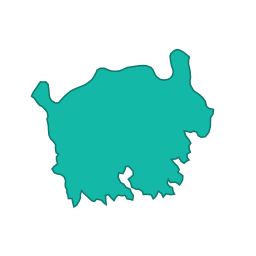 the district of Santa Maria da Serra, São Paulo, Brazil, rotated 154°
{"feature_id": "56859067B48466471181583", "entity_name": "Santa Maria da Serra", "entity_type": "district", "adm_level": 2, "iso_a3": "BRA", "parent_name": "Brazil", "parent_adm1": "São Paulo", "projection": "mercator", "projection_center": [-48.153, -22.565], "detail": "fine", "context": "isolated", "style": "filled", "palette": "teal", "viewbox_px": 256, "rotation_deg": 154, "n_neighbors": 0, "source": "geoboundaries", "source_scale": "gbopen_adm2", "svg_char_len": 2640}
<svg xmlns="http://www.w3.org/2000/svg" viewBox="0 0 256 256"><g transform="rotate(154 128 128)"><path d="M186.5,207.9L191.9,204.7L197.3,201.8L200.8,198.9L199.1,195.7L198.5,191.3L197.6,187.4L195.4,184.4L193.6,177.9L194.9,173.2L196.9,171.6L197.7,168.3L198.4,165.5L199.9,162.1L202.1,156.4L202.3,152.5L201.0,148.6L200.4,144.5L202.3,141.2L203.4,137.2L201.9,135.0L205.0,133.3L206.2,130.8L207.0,126.7L211.6,125.8L214.3,124.4L213.8,119.9L211.1,117.3L208.6,115.5L206.9,112.3L207.1,108.1L209.1,105.0L210.1,102.4L210.0,99.2L211.3,96.8L211.5,94.0L212.5,90.6L209.3,89.3L210.4,84.7L211.2,80.8L207.9,81.2L204.3,83.5L201.4,86.0L200.0,89.1L197.3,92.0L196.2,88.3L194.6,84.6L193.6,81.5L192.4,78.5L190.3,76.7L187.5,77.9L185.2,76.2L183.4,74.5L182.7,71.7L181.2,68.7L179.8,72.5L177.8,77.1L174.8,76.9L173.9,73.2L172.5,68.8L168.8,71.3L166.0,72.1L163.8,70.0L160.0,68.7L159.9,64.7L157.6,63.1L155.4,61.2L152.8,65.1L153.3,68.8L153.0,72.2L155.7,75.5L156.5,79.5L158.6,82.2L158.5,88.1L156.0,91.7L152.5,89.2L149.0,91.8L147.3,94.3L144.5,93.4L143.3,90.7L142.4,87.0L143.8,83.5L147.2,82.5L150.2,81.8L149.6,77.9L150.5,73.3L148.1,69.9L144.9,68.1L142.8,64.7L143.4,61.6L139.7,59.9L136.3,57.8L136.4,53.3L133.4,54.1L131.2,55.6L128.4,57.9L126.7,54.5L126.7,50.4L122.7,52.3L118.9,49.4L115.3,48.1L115.2,51.3L114.3,54.8L116.7,58.2L117.0,61.2L114.3,64.1L113.8,60.4L110.9,59.5L108.5,57.9L106.6,54.2L104.3,55.5L101.6,57.6L99.7,60.9L101.2,64.1L102.7,66.3L100.2,68.0L100.3,71.6L101.3,74.7L102.2,77.5L102.7,80.8L98.5,79.2L95.2,79.5L94.8,74.5L93.1,71.7L90.5,72.4L87.2,72.5L87.7,75.9L86.1,78.8L82.6,78.9L82.1,82.6L81.0,85.3L78.2,86.8L78.5,91.2L79.5,95.6L78.9,100.7L76.5,99.2L73.7,96.6L70.1,96.3L68.1,94.0L68.2,90.3L66.4,87.7L62.4,86.3L60.0,87.3L57.3,88.7L53.3,93.2L51.5,96.8L49.2,101.1L45.4,103.4L43.1,107.3L46.7,110.1L48.0,113.3L46.8,118.0L47.6,122.4L48.9,126.0L50.9,129.6L52.6,132.7L53.0,136.9L53.0,140.1L51.5,143.4L49.7,145.9L47.4,151.6L46.4,155.3L45.6,159.1L43.8,162.5L41.7,164.8L44.7,171.5L47.3,175.2L49.3,176.9L51.8,177.3L54.1,176.9L57.2,175.8L58.9,173.8L59.8,171.1L60.6,168.5L61.7,164.4L62.0,160.3L63.2,157.8L65.6,155.3L68.5,154.2L71.2,154.2L74.8,155.4L77.9,157.7L79.7,161.3L80.3,164.1L80.1,169.4L80.8,172.3L84.3,176.0L87.2,177.6L90.5,179.0L93.3,179.9L102.2,182.7L107.6,182.8L110.5,183.0L113.0,183.9L116.5,185.6L118.6,187.0L123.4,192.3L126.8,193.8L130.3,193.6L132.8,191.4L136.3,188.9L138.9,187.5L141.8,186.6L147.5,185.6L151.6,185.9L154.0,186.0L157.9,186.3L162.8,186.4L167.9,185.3L170.5,184.5L175.1,182.9L179.4,181.0L182.3,182.3L184.7,186.1L185.1,189.0L184.4,192.1L183.2,195.1L180.7,202.1L181.6,205.5L184.2,206.5L186.5,207.9Z" fill="#14b8a6" stroke="#0f766e" stroke-width="1.5"/></g></svg>